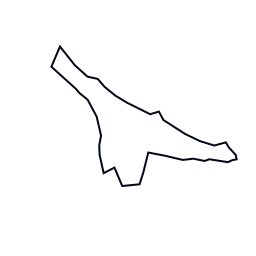 SVG path tracing the border of Babites, rotated 39°
{"feature_id": "LVA-5756", "entity_name": "Babites", "entity_type": "Municipality", "adm_level": 1, "iso_a3": "LVA", "parent_name": "Latvia", "parent_adm1": "", "projection": "natural_earth1", "projection_center": [23.789, 56.896], "detail": "fine", "context": "isolated", "style": "outline", "palette": "ink", "viewbox_px": 256, "rotation_deg": 39, "n_neighbors": 0, "source": "natural_earth", "source_scale": "10m", "svg_char_len": 610}
<svg xmlns="http://www.w3.org/2000/svg" viewBox="0 0 256 256"><g transform="rotate(39 128 128)"><path d="M213.1,77.6L218.5,79.6L228.8,81.2L232.1,84.0L229.4,87.2L227.1,91.7L210.9,101.1L208.3,105.4L198.0,110.8L190.7,118.3L173.2,126.8L159.2,134.3L168.0,153.2L172.4,164.5L160.0,176.7L142.4,167.3L137.5,178.4L122.9,166.8L116.5,159.5L111.9,150.9L96.5,138.9L78.8,131.4L68.4,131.4L63.0,130.4L29.9,128.6L23.9,107.5L47.3,112.7L64.1,113.6L73.6,108.9L83.9,110.8L97.8,110.8L111.7,108.9L136.6,103.3L141.7,95.8L150.5,99.5L176.1,96.7L192.2,92.9L206.1,87.3L213.1,77.6Z" fill="none" stroke="#020617" stroke-width="2"/></g></svg>